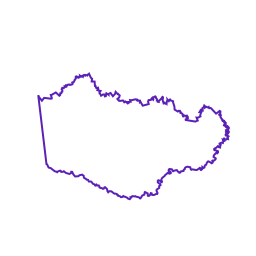 outline of Xhariep, Free State, South Africa, rotated 331°
{"feature_id": "47623444B92402502391318", "entity_name": "Xhariep", "entity_type": "district", "adm_level": 2, "iso_a3": "ZAF", "parent_name": "South Africa", "parent_adm1": "Free State", "projection": "equal_earth", "projection_center": [25.946, -29.761], "detail": "fine", "context": "isolated", "style": "outline", "palette": "violet", "viewbox_px": 256, "rotation_deg": 331, "n_neighbors": 0, "source": "geoboundaries", "source_scale": "gbopen_adm2", "svg_char_len": 5944}
<svg xmlns="http://www.w3.org/2000/svg" viewBox="0 0 256 256"><g transform="rotate(331 128 128)"><path d="M65.4,55.8L39.2,120.0L39.6,120.5L39.4,123.9L39.7,124.5L40.9,125.5L43.0,130.4L44.4,131.7L44.6,132.3L45.8,132.0L48.0,132.4L48.4,133.1L48.3,134.0L49.6,134.7L50.9,134.7L51.9,137.2L54.5,139.8L56.6,139.8L57.1,138.8L57.8,139.1L57.9,139.6L57.7,142.2L58.3,144.8L61.2,146.1L62.7,145.8L65.3,146.6L66.1,148.4L65.6,149.3L65.5,150.6L66.5,151.9L66.7,153.0L67.9,154.0L67.8,155.8L69.8,157.0L70.4,160.0L71.2,160.9L71.5,162.6L72.1,162.8L72.9,162.2L73.4,163.5L74.6,164.1L74.7,165.1L74.2,166.1L75.1,167.3L75.9,167.8L76.5,169.0L77.4,169.3L78.6,168.5L79.3,168.7L80.0,171.1L79.7,172.6L79.4,173.3L79.5,174.6L81.0,174.2L82.8,175.4L83.9,178.2L84.6,179.1L85.4,179.4L86.4,180.8L86.6,181.3L86.2,181.6L86.2,182.1L88.0,184.0L88.3,185.1L89.5,185.6L90.9,185.2L91.4,186.3L92.1,186.7L93.5,188.6L93.8,189.8L95.0,191.1L96.1,190.8L96.6,189.7L97.6,190.2L98.4,189.7L99.0,189.8L100.4,190.9L101.5,191.3L101.7,191.9L103.6,193.6L104.3,194.7L104.4,195.4L104.8,195.6L107.7,194.0L110.0,194.2L111.5,192.3L111.8,192.2L113.5,194.8L112.6,196.6L112.7,197.2L113.4,197.5L114.4,197.4L116.4,196.0L117.0,196.6L116.6,198.0L117.4,198.8L118.8,199.3L120.7,199.3L121.5,199.8L122.3,199.2L122.5,196.7L123.2,195.8L126.3,195.5L127.1,193.9L128.8,193.7L128.9,192.7L127.7,190.0L128.5,188.6L129.1,188.4L129.5,188.6L130.7,190.2L130.9,190.7L130.7,191.5L131.2,191.8L131.8,191.4L131.9,189.6L132.6,188.9L133.8,188.2L136.8,187.7L138.1,187.0L139.2,187.0L140.8,186.5L141.4,186.9L142.0,188.0L143.4,188.3L143.8,188.0L143.7,186.6L143.4,186.0L142.8,185.8L142.7,185.2L143.6,184.1L144.5,184.0L146.4,185.5L146.3,187.4L146.5,187.7L147.8,187.7L150.3,188.5L150.5,190.3L151.3,191.3L151.1,191.8L151.3,192.1L152.0,192.3L153.4,191.6L155.7,192.5L156.6,191.5L157.7,191.5L158.3,190.7L159.3,190.3L161.1,190.6L163.4,192.5L162.9,194.6L163.1,195.2L164.3,195.4L167.4,197.9L168.4,198.1L171.5,197.7L171.9,198.5L171.2,199.3L171.3,200.0L171.5,200.2L172.9,199.9L174.1,198.1L174.7,199.6L175.7,199.6L177.1,198.0L178.6,198.0L180.0,196.7L181.7,196.0L182.2,196.2L183.6,198.3L183.9,199.3L185.0,199.4L185.7,198.9L185.9,197.5L186.3,197.5L187.3,198.2L189.1,197.9L189.9,197.4L190.0,197.0L188.8,194.8L189.9,193.5L193.0,192.5L193.7,193.4L194.9,193.0L195.4,192.0L195.3,191.5L194.5,191.3L194.0,190.0L193.0,189.4L192.8,189.0L193.2,188.1L194.4,187.9L195.4,188.1L197.9,187.4L198.1,187.6L198.0,188.3L198.2,188.9L199.1,189.7L199.9,188.4L200.9,187.7L200.3,186.4L200.5,186.0L202.8,186.2L203.7,187.1L204.9,185.8L205.3,184.2L205.6,184.6L205.6,185.9L206.2,186.0L206.4,184.1L206.8,183.7L207.1,183.8L207.5,185.4L208.4,185.7L209.3,185.5L210.1,186.2L210.4,185.4L210.2,184.8L211.9,184.0L211.2,182.8L210.1,182.3L209.9,181.8L210.3,180.9L210.9,180.7L212.6,181.4L214.3,180.4L213.9,179.5L212.7,179.9L211.7,179.3L211.7,178.9L212.3,178.5L212.6,177.4L214.1,177.8L214.8,178.2L215.1,177.6L216.3,176.9L216.3,176.0L215.9,175.2L215.9,174.5L215.2,174.3L214.9,175.6L214.5,175.6L214.0,174.1L214.2,172.8L213.4,172.6L213.2,172.2L214.0,171.6L214.8,171.9L215.2,171.3L215.5,171.7L215.7,171.3L215.3,170.6L215.9,170.6L215.8,170.1L215.2,170.1L215.0,169.8L215.5,169.3L215.3,169.0L215.5,168.5L215.2,168.4L215.0,167.8L214.6,168.3L214.2,167.8L214.5,167.3L214.2,166.7L214.5,165.8L214.2,165.0L214.4,164.2L214.2,163.5L214.7,162.4L214.4,161.4L215.4,161.6L215.4,160.8L215.1,160.4L215.6,160.4L215.8,159.6L216.7,158.7L216.8,158.4L216.5,158.2L216.6,157.8L216.3,157.4L215.6,157.7L212.0,158.1L210.2,151.0L209.9,150.5L208.6,150.0L208.5,149.2L208.7,148.7L207.8,148.7L206.7,147.3L205.8,147.4L206.1,147.1L205.6,145.3L204.2,146.5L202.5,146.8L201.9,148.7L200.6,147.4L198.4,148.7L200.1,149.5L198.3,150.8L196.9,152.5L196.9,153.0L194.4,152.9L193.0,152.1L192.6,155.3L190.0,155.0L182.4,149.0L182.6,148.4L185.1,148.5L185.6,147.5L185.6,146.9L184.8,147.1L184.6,146.8L185.3,146.4L185.5,145.8L184.2,145.3L182.9,143.9L181.6,145.4L181.8,144.8L181.9,143.5L182.5,142.5L182.3,141.5L181.3,140.4L181.7,140.1L181.8,139.4L181.2,138.6L181.6,138.1L180.6,137.5L179.5,137.7L177.7,134.5L179.0,131.7L179.8,127.6L180.4,126.5L178.9,124.8L178.6,123.4L178.0,123.5L178.0,124.1L177.4,123.9L176.7,124.3L176.3,122.3L176.1,122.8L174.8,123.6L173.5,125.5L173.3,124.7L172.5,124.9L172.2,124.5L172.1,123.5L171.1,123.6L171.9,120.1L173.1,118.8L173.5,118.0L173.2,117.5L171.5,118.4L167.8,119.4L167.5,120.1L166.8,119.5L167.3,118.9L166.6,118.1L167.1,117.8L167.3,116.2L167.0,115.8L167.4,114.0L167.1,113.5L165.6,113.6L164.8,113.3L164.2,115.1L163.7,115.5L163.3,114.3L162.7,114.3L162.7,113.8L161.5,114.5L159.5,113.6L158.4,114.6L157.7,117.1L151.7,115.6L151.6,111.0L151.0,111.1L151.7,109.9L150.0,109.0L150.2,108.7L149.3,108.1L149.7,107.5L148.2,106.4L144.6,105.5L143.4,104.6L143.0,106.2L142.7,106.0L141.4,106.1L141.4,105.7L140.5,105.2L140.6,106.3L139.7,106.4L138.6,103.5L137.5,103.1L137.5,103.7L137.2,103.7L137.0,101.5L134.0,100.4L133.6,99.5L133.2,99.5L132.8,97.5L135.1,97.0L136.5,95.5L135.8,93.3L135.4,93.3L134.7,90.4L133.2,91.9L130.2,92.9L129.7,88.9L127.2,88.8L127.0,89.4L125.9,87.2L124.0,89.4L123.1,89.1L123.6,87.3L122.5,86.6L120.1,86.7L120.3,83.9L120.0,83.8L120.3,82.9L121.9,82.3L119.7,80.2L120.9,79.6L121.3,78.2L119.7,78.0L119.6,77.1L120.0,75.5L119.5,75.2L121.3,71.2L118.8,69.7L120.5,67.5L119.9,66.1L120.2,61.7L119.1,62.1L118.4,61.9L118.0,62.1L118.0,61.8L117.5,61.9L116.6,61.1L116.1,61.4L115.6,60.6L115.4,60.8L114.8,60.4L114.3,60.8L114.0,60.3L113.6,60.4L113.2,61.1L112.7,60.1L111.9,59.9L111.5,59.1L111.2,60.1L110.3,59.5L110.0,59.9L109.6,59.7L109.2,60.0L108.7,59.2L108.3,59.2L108.3,58.2L107.7,57.7L106.9,58.0L106.7,59.0L105.2,60.1L104.7,60.0L103.2,61.4L101.3,61.2L101.2,62.3L100.6,62.8L98.9,62.5L98.4,61.9L97.9,62.0L97.4,61.4L96.5,61.0L95.6,61.3L95.0,60.8L94.4,61.6L94.0,60.9L93.4,61.6L92.7,60.8L92.3,61.6L91.1,62.0L90.0,61.0L88.7,62.0L88.9,63.2L88.2,64.3L87.5,64.2L86.6,65.2L85.6,64.8L84.6,66.3L83.6,66.5L82.1,61.9L77.3,62.0L76.5,61.7L75.9,64.9L75.5,65.2L74.6,64.9L69.3,61.0L65.9,62.4L65.2,57.8L65.4,55.8Z" fill="none" stroke="#5b21b6" stroke-width="2"/></g></svg>